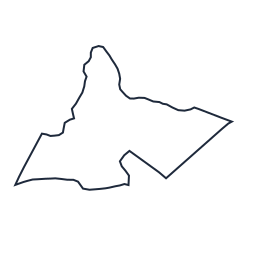 Pinheiral, Rio de Janeiro, Brazil, rotated 10°
{"feature_id": "56859067B78654716742693", "entity_name": "Pinheiral", "entity_type": "district", "adm_level": 2, "iso_a3": "BRA", "parent_name": "Brazil", "parent_adm1": "Rio de Janeiro", "projection": "albers", "projection_center": [-44.007, -22.538], "detail": "fine", "context": "isolated", "style": "outline", "palette": "slate", "viewbox_px": 256, "rotation_deg": 10, "n_neighbors": 0, "source": "geoboundaries", "source_scale": "gbopen_adm2", "svg_char_len": 1154}
<svg xmlns="http://www.w3.org/2000/svg" viewBox="0 0 256 256"><g transform="rotate(10 128 128)"><path d="M74.0,73.3L74.4,80.0L78.3,84.6L77.5,89.3L77.7,94.6L76.9,101.0L74.8,106.5L72.5,113.1L69.4,118.9L71.2,123.3L73.2,127.9L69.3,129.9L64.8,133.9L64.7,139.6L64.7,143.8L61.2,147.0L56.9,148.3L53.0,149.3L48.9,148.5L44.2,148.5L32.3,184.7L29.2,194.9L26.9,203.6L34.5,199.3L38.4,197.4L43.0,195.3L48.6,194.0L55.6,192.3L61.3,191.1L65.1,190.2L70.7,189.8L77.2,189.5L83.2,188.5L88.1,189.5L94.2,195.5L100.8,195.5L106.6,194.0L110.8,192.9L116.3,191.3L119.9,190.0L125.6,187.6L129.9,186.0L134.2,183.8L138.4,184.1L137.2,174.7L133.0,170.6L128.5,166.8L125.8,162.2L129.0,155.5L133.4,150.3L166.2,166.2L174.2,170.9L220.9,112.3L226.0,106.2L229.1,103.7L218.2,101.7L194.2,97.0L189.7,96.3L186.4,98.8L180.7,101.1L174.4,101.7L168.2,100.1L162.0,98.0L158.1,98.1L154.4,97.0L148.3,97.5L143.0,96.3L139.1,95.5L133.3,96.3L128.7,98.0L124.8,98.6L120.5,96.6L116.7,93.7L113.6,91.2L111.8,86.7L111.7,80.9L109.9,76.0L107.4,71.4L104.3,67.7L100.0,63.2L97.1,59.8L93.4,56.4L89.5,52.6L84.8,52.4L79.3,55.3L78.3,60.2L79.1,64.8L77.7,69.0L74.0,73.3Z" fill="none" stroke="#1e293b" stroke-width="2"/></g></svg>